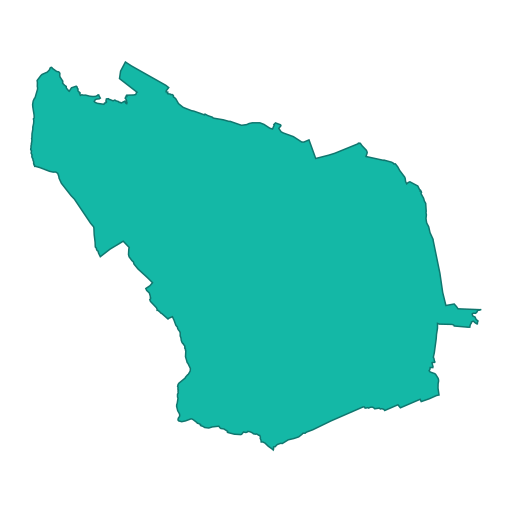 the district of Mironeasa, Iasi, Romania
{"feature_id": "2599482B12728862677042", "entity_name": "Mironeasa", "entity_type": "district", "adm_level": 2, "iso_a3": "ROU", "parent_name": "Romania", "parent_adm1": "Iasi", "projection": "robinson", "projection_center": [27.412, 46.987], "detail": "fine", "context": "isolated", "style": "filled", "palette": "teal", "viewbox_px": 512, "rotation_deg": 0, "n_neighbors": 0, "source": "geoboundaries", "source_scale": "gbopen_adm2", "svg_char_len": 5924}
<svg xmlns="http://www.w3.org/2000/svg" viewBox="0 0 512 512"><path d="M331.0,420.9L363.1,406.9L364.4,407.0L365.0,407.7L365.0,408.0L365.6,408.1L367.8,407.6L368.7,408.1L370.2,407.3L372.1,407.1L373.5,407.6L374.7,408.8L379.3,408.1L380.3,409.0L381.9,408.7L383.9,409.4L384.7,410.5L397.9,404.8L400.4,407.8L420.1,399.3L421.2,401.6L429.2,398.8L436.6,395.5L439.0,395.0L438.0,388.1L438.1,383.8L438.6,381.0L438.5,379.7L438.1,378.3L435.6,374.3L434.7,373.6L430.2,372.0L429.1,370.7L429.9,369.4L430.2,367.5L432.8,367.6L433.0,366.6L432.0,362.9L432.2,362.5L434.6,362.4L434.9,362.0L434.3,360.5L433.9,358.3L433.3,357.3L434.3,352.8L436.2,338.8L436.5,334.4L437.5,328.1L437.5,323.4L439.3,324.1L451.8,324.4L453.3,324.8L454.3,325.6L454.3,326.0L468.1,327.2L469.8,327.2L470.1,325.3L470.7,323.9L471.3,323.1L471.5,322.0L472.9,321.3L473.6,321.3L475.0,322.7L477.1,324.0L477.4,323.8L477.4,322.7L478.0,321.0L476.1,319.4L475.0,317.0L472.8,316.0L472.2,314.2L472.3,313.7L473.3,313.2L475.6,313.3L476.9,312.1L477.7,310.4L479.8,310.1L481.3,309.4L480.4,309.7L458.0,308.8L456.5,306.6L454.2,304.0L445.9,305.5L442.7,292.5L439.9,273.3L433.1,240.1L433.1,239.4L430.0,232.6L428.7,226.8L426.7,223.0L426.3,220.8L426.0,218.4L426.4,214.9L426.0,212.7L426.2,211.3L425.7,203.4L424.4,201.1L423.6,198.3L421.2,193.9L421.0,193.0L421.5,192.4L421.2,191.5L420.1,191.1L420.1,190.6L420.5,190.3L419.4,189.3L417.8,186.0L409.9,181.8L408.2,182.5L406.7,183.8L405.6,181.6L405.2,178.5L404.7,177.1L399.7,170.5L397.7,166.8L395.4,163.9L393.8,163.9L393.4,163.2L391.6,162.2L384.0,160.1L383.8,160.4L366.0,156.5L367.2,152.7L366.9,151.4L366.3,150.2L362.0,145.7L360.3,143.3L359.5,143.4L359.0,143.0L358.1,143.4L358.0,143.8L334.7,153.3L328.6,155.2L315.7,158.5L309.0,139.9L303.8,142.1L301.7,142.0L293.5,136.7L283.4,133.0L281.1,131.8L278.8,128.4L280.9,125.8L280.8,125.2L280.3,124.7L275.5,122.9L273.9,124.5L274.3,124.9L272.5,129.0L269.8,128.2L264.0,124.4L259.9,122.8L252.4,122.8L249.1,123.5L246.7,124.6L241.5,125.3L230.0,121.3L229.0,121.4L223.3,119.8L213.3,118.1L212.4,117.2L207.8,115.6L205.0,114.1L204.5,114.9L193.8,111.1L191.6,110.7L184.2,107.8L182.9,107.2L178.5,103.6L175.7,98.7L174.5,97.6L173.5,97.1L173.3,96.5L173.5,96.1L173.2,95.3L172.0,94.5L170.9,94.7L170.3,94.1L167.7,93.7L167.4,93.1L167.8,92.2L166.1,91.8L166.2,90.8L168.7,87.6L165.8,85.3L131.4,65.9L125.4,62.0L120.6,71.1L119.5,78.6L137.0,92.2L136.4,92.7L135.9,94.3L135.5,94.6L133.5,95.0L126.6,95.2L126.3,95.7L126.8,96.6L125.6,97.0L125.2,98.3L126.3,99.5L126.1,100.2L126.6,100.8L126.4,101.1L127.0,102.7L126.7,103.7L125.9,103.3L124.7,101.2L121.2,103.0L120.0,102.3L119.2,102.4L118.6,101.6L115.9,100.8L115.2,100.2L114.6,100.1L113.5,100.7L112.7,100.7L110.1,99.6L109.0,99.5L108.6,98.7L106.4,98.9L105.9,101.2L106.4,101.6L106.5,102.1L105.7,102.8L104.5,103.1L103.9,104.3L97.2,103.3L95.0,102.3L94.2,101.4L95.3,99.7L96.5,99.1L99.3,98.8L100.3,98.1L99.0,95.9L98.9,95.1L98.1,94.8L97.3,95.6L95.5,96.4L92.8,96.5L89.7,96.2L85.6,95.1L83.7,95.2L81.8,94.8L80.4,95.4L79.5,93.3L80.1,93.0L79.9,92.6L78.3,91.4L77.9,90.6L78.0,89.0L77.4,88.3L76.9,86.7L76.2,86.2L71.5,87.8L69.2,91.3L69.0,91.2L66.6,88.4L66.3,87.8L66.2,86.4L64.6,85.3L62.6,83.2L62.8,82.6L62.6,81.5L62.8,81.2L60.0,76.9L59.7,75.2L59.9,73.7L59.5,72.6L58.6,71.8L56.8,71.5L56.2,71.1L52.6,68.5L51.9,67.6L51.2,67.3L50.2,67.9L49.4,69.9L47.3,72.1L42.1,74.4L40.9,75.5L37.1,80.5L37.4,82.6L37.3,86.5L37.6,87.9L37.5,89.3L35.0,97.9L34.5,98.2L33.2,101.0L32.6,104.6L32.8,107.0L34.1,115.1L34.2,117.9L33.4,118.9L33.8,120.6L33.6,123.5L32.8,127.0L32.8,129.3L32.0,133.8L31.9,137.9L31.6,138.5L31.9,139.7L31.8,141.4L31.3,143.9L31.5,144.2L31.0,145.8L31.0,148.0L30.8,148.3L30.7,149.7L31.5,150.7L31.1,153.1L32.1,155.0L31.8,156.0L32.1,157.6L32.9,158.8L32.9,159.9L33.7,161.9L33.6,163.3L33.8,164.1L34.2,164.4L34.0,164.9L34.7,165.7L34.7,166.4L35.7,166.4L39.9,167.6L49.5,171.3L53.2,172.1L55.7,172.0L57.7,173.3L58.8,176.4L59.1,178.3L61.4,183.3L71.1,195.7L74.3,199.0L90.7,223.4L93.6,226.8L93.9,228.0L94.2,234.8L95.1,242.2L95.3,247.0L96.3,248.1L96.6,249.6L97.1,250.5L98.2,251.3L98.4,252.8L100.3,256.7L110.1,249.1L123.2,241.2L129.2,247.5L128.8,249.0L128.5,254.5L129.1,256.8L131.9,260.6L133.4,261.9L134.0,264.1L138.0,269.0L147.6,277.8L152.5,282.7L150.0,285.7L145.8,288.5L146.7,290.5L149.3,292.9L150.3,296.2L150.3,297.3L150.7,298.0L150.4,298.3L150.4,299.1L149.8,299.6L150.5,301.5L156.5,307.8L157.3,310.0L157.2,310.3L157.8,310.3L159.7,311.8L161.0,313.2L161.9,313.6L168.0,319.0L168.7,318.3L172.4,316.7L174.0,320.1L175.8,325.1L176.5,326.1L177.3,326.8L177.7,328.5L178.3,329.7L179.5,331.2L180.2,332.7L180.2,336.0L180.9,337.7L181.3,340.6L182.1,342.6L182.6,343.3L183.3,343.6L183.4,344.4L184.6,345.7L184.9,346.5L184.7,347.1L185.0,347.8L184.8,348.2L185.5,349.0L185.3,349.9L185.8,350.7L185.5,356.7L186.6,360.4L187.2,362.6L187.9,363.3L190.4,368.5L190.2,371.1L188.2,374.5L187.7,374.7L185.5,377.2L185.2,378.0L178.9,383.2L178.0,384.6L178.1,385.1L177.8,385.6L177.6,386.6L178.1,387.4L177.9,389.0L178.3,389.8L178.0,390.1L178.3,390.6L178.0,391.8L178.3,393.0L177.5,394.2L177.5,397.0L178.0,398.1L177.9,398.8L177.2,403.3L176.7,404.7L176.6,406.3L177.7,410.7L179.5,413.9L179.7,415.6L179.5,416.5L178.3,418.2L178.0,419.6L178.1,420.2L178.7,420.9L181.7,421.7L185.5,420.9L190.9,418.9L191.6,418.9L193.1,419.6L197.1,422.7L197.3,423.2L198.5,423.5L200.6,424.5L200.4,425.2L200.7,425.6L203.2,426.5L204.6,427.5L208.8,428.0L212.4,426.9L218.8,426.2L219.9,427.7L220.9,428.5L223.8,428.9L227.6,431.3L227.7,431.6L227.4,432.1L227.8,432.5L234.3,434.2L240.7,434.6L241.6,434.3L243.5,432.0L245.8,432.5L247.0,432.2L247.8,431.4L250.2,431.8L252.6,433.0L253.4,433.8L255.6,434.2L256.5,433.9L258.8,435.3L259.7,435.4L260.4,437.1L260.2,438.3L261.0,440.2L261.2,442.0L262.8,442.0L264.9,443.0L268.2,446.2L272.4,449.2L273.2,450.0L273.6,449.0L273.5,447.6L273.6,446.9L275.2,446.7L276.7,445.0L277.6,444.4L280.7,443.3L282.3,443.5L288.3,439.8L293.9,438.5L298.7,436.9L302.0,434.3L303.0,433.2L305.2,433.2L305.9,432.5L307.1,431.9L312.7,429.8L331.0,420.9Z" fill="#14b8a6" stroke="#0f766e" stroke-width="1.5"/></svg>